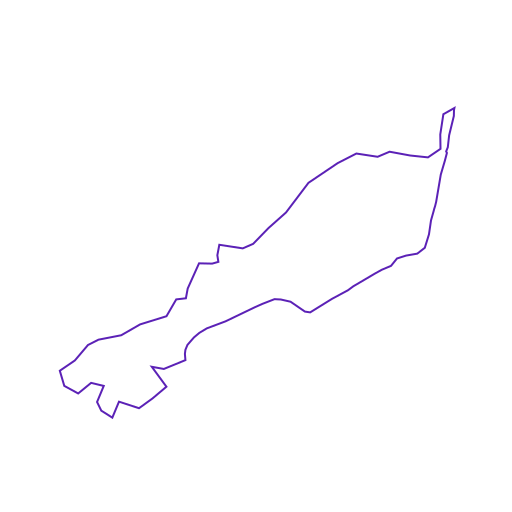 outline of Khojeyli, Karakalpakstan, Uzbekistan, rotated 284°
{"feature_id": "79887680B45163084066424", "entity_name": "Khojeyli", "entity_type": "district", "adm_level": 2, "iso_a3": "UZB", "parent_name": "Uzbekistan", "parent_adm1": "Karakalpakstan", "projection": "albers", "projection_center": [59.321, 42.473], "detail": "fine", "context": "isolated", "style": "outline", "palette": "violet", "viewbox_px": 512, "rotation_deg": 284, "n_neighbors": 0, "source": "geoboundaries", "source_scale": "gbopen_adm2", "svg_char_len": 1161}
<svg xmlns="http://www.w3.org/2000/svg" viewBox="0 0 512 512"><g transform="rotate(284 256 256)"><path d="M68.5,143.3L64.4,155.7L81.5,158.3L80.0,179.3L92.7,190.0L107.5,200.7L123.3,181.7L124.1,193.9L137.9,212.7L143.8,210.7L147.9,210.2L153.2,211.0L162.0,215.5L167.8,219.7L173.9,225.8L185.2,242.2L206.1,267.4L211.1,273.8L218.6,284.4L219.8,290.6L220.0,300.6L213.9,316.9L214.4,322.2L232.9,340.2L245.1,353.6L250.2,357.8L266.8,374.7L267.5,375.4L273.1,381.4L279.1,389.4L287.7,393.4L292.7,401.5L297.3,411.9L304.8,417.8L318.8,418.6L332.9,417.2L342.8,417.5L344.7,417.5L347.7,417.7L352.2,417.7L379.7,415.6L394.1,416.2L402.2,416.3L403.5,415.2L407.9,415.8L419.9,414.2L439.7,414.1L445.5,412.8L447.6,412.7L438.9,403.5L418.5,405.4L404.6,409.1L393.3,399.0L390.8,381.2L389.5,360.4L381.7,350.0L379.7,328.6L365.9,312.8L339.7,289.2L305.5,274.6L286.2,261.4L267.1,250.3L260.2,241.3L258.0,217.7L247.4,218.3L241.2,220.9L238.0,215.3L235.1,202.5L207.9,197.6L198.0,198.2L194.6,189.1L175.9,183.7L161.6,160.1L146.5,144.4L136.7,123.4L129.0,114.5L110.8,105.5L97.2,93.4L83.6,101.4L79.6,116.7L93.0,126.7L93.1,139.7L75.9,137.1L68.5,143.3Z" fill="none" stroke="#5b21b6" stroke-width="2"/></g></svg>